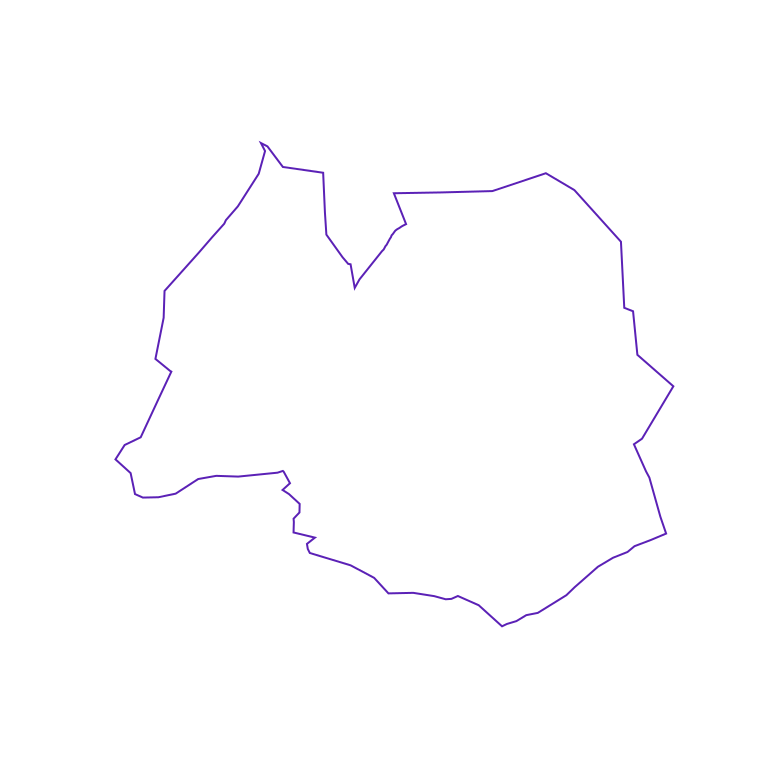 outline of Santiago Zacatepec, Oaxaca, Mexico, rotated 255°
{"feature_id": "50627088B38006544151025", "entity_name": "Santiago Zacatepec", "entity_type": "district", "adm_level": 2, "iso_a3": "MEX", "parent_name": "Mexico", "parent_adm1": "Oaxaca", "projection": "equal_earth", "projection_center": [-95.883, 17.203], "detail": "fine", "context": "isolated", "style": "outline", "palette": "violet", "viewbox_px": 768, "rotation_deg": 255, "n_neighbors": 0, "source": "geoboundaries", "source_scale": "gbopen_adm2", "svg_char_len": 1534}
<svg xmlns="http://www.w3.org/2000/svg" viewBox="0 0 768 768"><g transform="rotate(255 384 384)"><path d="M119.4,435.3L120.4,440.6L120.7,450.5L123.9,461.6L123.1,473.3L132.8,505.5L138.5,515.8L145.4,529.8L152.1,543.3L156.9,560.3L158.7,575.7L162.5,584.0L164.3,601.7L166.5,617.8L184.2,616.6L224.9,616.1L231.7,614.5L261.1,609.8L264.4,619.1L306.9,662.9L346.6,636.3L389.8,643.4L395.4,635.8L460.1,649.7L522.0,618.1L545.7,594.9L542.3,538.6L554.2,489.0L555.0,485.8L565.7,442.9L532.7,446.7L532.5,445.7L532.3,444.6L531.9,442.8L531.5,441.4L530.7,439.2L530.1,436.8L529.2,434.6L528.1,433.2L526.6,431.4L525.6,429.8L524.0,428.7L522.8,427.3L520.6,425.2L519.1,423.8L517.8,422.6L516.8,421.1L515.7,420.1L514.0,418.5L512.8,416.4L491.4,387.4L484.4,380.6L508.3,382.7L509.3,380.5L517.1,376.8L543.2,367.0L564.8,371.3L603.8,379.9L619.8,342.5L643.7,332.9L648.6,327.5L639.8,329.4L619.5,317.4L593.4,288.8L583.2,273.7L580.2,271.2L570.2,255.9L558.8,239.1L530.7,196.1L505.0,188.3L496.9,184.3L467.4,169.7L452.1,180.7L451.0,181.8L428.7,163.0L395.5,135.2L392.2,117.7L383.6,108.3L380.7,105.1L363.5,116.2L342.1,115.0L336.7,121.7L333.0,136.8L332.0,154.4L340.3,179.9L338.7,198.2L332.3,219.2L325.9,258.2L326.2,263.8L325.3,264.4L312.5,267.5L307.9,258.6L302.3,263.7L290.0,271.5L281.8,269.1L277.3,261.8L274.0,261.2L264.0,258.2L253.5,277.5L249.5,268.2L244.4,267.7L240.0,268.6L238.1,271.6L217.5,304.8L199.3,324.3L180.6,334.1L174.7,358.2L166.1,377.6L160.1,387.9L159.0,393.5L160.1,400.5L146.2,417.7L146.0,418.1L119.4,435.3Z" fill="none" stroke="#5b21b6" stroke-width="2"/></g></svg>